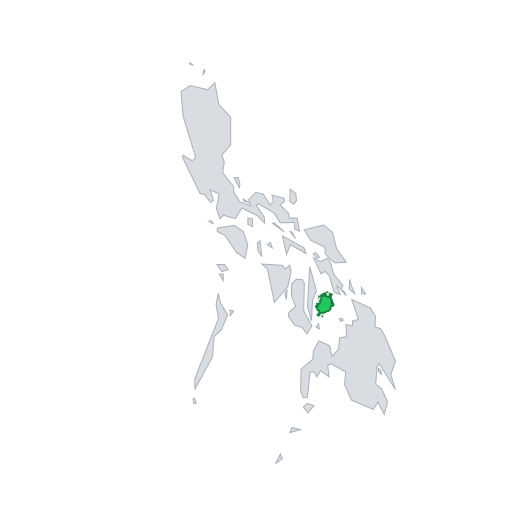 Bohol, Bohol, Philippines (highlighted), rotated 343°
{"feature_id": "2640588B19040020708567", "entity_name": "Bohol", "entity_type": "district", "adm_level": 2, "iso_a3": "PHL", "parent_name": "Philippines", "parent_adm1": "Bohol", "projection": "equal_earth", "projection_center": [124.147, 9.869], "detail": "fine", "context": "in_parent", "style": "filled", "palette": "green", "viewbox_px": 512, "rotation_deg": 343, "n_neighbors": 0, "source": "geoboundaries", "source_scale": "gbopen_adm2", "svg_char_len": 8679}
<svg xmlns="http://www.w3.org/2000/svg" viewBox="0 0 512 512"><g transform="rotate(343 256 256)"><path d="M242.9,73.8L258.4,82.8L267.3,78.2L264.8,100.5L272.4,115.7L264.3,142.3L252.9,149.4L253.1,156.9L248.5,166.6L254.9,183.3L253.4,187.7L256.3,199.5L265.7,206.2L265.5,200.0L274.5,195.2L281.0,198.9L284.5,211.3L288.6,208.9L289.1,202.5L299.6,208.9L299.4,212.2L294.0,214.3L299.7,225.0L298.9,229.6L306.5,231.7L304.8,245.0L300.9,241.6L302.4,235.1L288.9,231.4L285.8,220.1L273.8,206.9L271.1,207.5L275.3,221.4L273.8,227.2L269.1,217.9L256.5,206.0L247.3,214.2L236.7,207.5L232.4,209.8L232.0,198.9L238.9,185.9L231.4,179.2L231.5,190.5L228.3,191.4L224.4,181.7L220.8,180.1L214.6,140.3L215.8,138.3L222.7,146.2L227.1,144.4L227.2,101.3L232.4,76.8L242.9,73.8ZM334.8,325.4L350.2,339.2L352.6,348.5L349.1,358.7L353.9,361.9L355.9,370.0L358.6,397.5L350.3,408.8L350.3,424.5L342.4,395.0L339.5,397.0L333.0,413.5L337.4,420.0L339.1,434.0L332.3,444.9L329.8,431.4L323.3,437.0L305.1,421.7L303.1,404.8L307.9,393.2L296.3,381.1L292.6,381.4L290.5,392.9L284.2,384.5L278.8,389.4L277.7,383.8L273.9,382.7L263.8,406.1L260.0,405.5L259.1,398.9L266.0,377.4L280.2,371.3L283.2,363.4L291.4,355.6L300.2,363.4L299.2,374.4L307.7,369.2L312.1,358.6L319.1,359.7L322.0,347.9L327.8,350.9L329.3,346.3L335.4,346.7L334.8,325.4ZM289.0,339.3L282.0,345.4L279.3,337.9L272.8,333.3L269.4,323.5L270.9,319.5L279.1,316.0L278.3,304.0L281.9,293.1L287.7,290.0L293.1,292.0L294.3,296.1L285.6,322.3L289.0,339.3ZM329.8,246.2L336.1,255.8L335.2,272.8L340.4,288.4L329.7,285.7L325.4,280.1L322.9,273.8L324.6,267.9L312.9,256.9L309.7,245.0L329.8,246.2ZM259.3,265.4L278.8,272.8L280.0,277.2L285.6,274.5L284.8,281.6L277.3,294.9L260.0,305.7L263.2,271.4L259.3,265.4ZM184.9,339.8L158.8,365.3L161.7,355.3L201.9,304.8L203.7,290.6L209.0,280.8L208.4,291.2L211.7,304.1L201.1,316.7L192.4,320.8L184.9,339.8ZM227.3,218.0L244.3,220.4L251.0,229.0L251.4,243.0L244.9,255.0L238.2,246.6L232.6,227.9L226.0,221.0L227.3,218.0ZM315.7,280.0L323.2,279.1L325.3,283.8L325.0,295.9L330.5,309.6L327.8,313.0L324.5,307.9L325.3,317.5L320.1,313.6L320.2,296.1L317.6,290.9L312.9,292.0L310.5,274.5L315.7,280.0ZM290.1,334.2L290.4,319.4L304.3,282.0L303.6,307.0L297.1,314.8L290.1,334.2ZM316.1,324.5L306.1,329.9L302.1,329.2L299.6,323.7L310.6,313.9L315.8,317.7L316.1,324.5ZM287.3,244.6L304.3,262.2L304.4,268.3L292.3,255.0L285.6,263.4L287.3,244.6ZM311.0,214.7L307.2,217.6L304.3,213.8L308.2,202.0L312.3,207.9L311.0,214.7ZM267.6,416.0L259.8,421.4L257.1,414.3L262.0,412.1L267.6,416.0ZM216.2,252.7L223.5,255.0L225.3,260.9L218.8,261.0L216.2,252.7ZM259.4,217.3L263.6,219.5L261.2,226.9L257.5,223.3L259.4,217.3ZM240.1,430.6L248.1,435.1L236.7,434.8L240.1,430.6ZM339.5,320.9L335.3,315.0L338.9,305.8L338.5,311.4L339.5,320.9ZM264.2,242.6L261.4,258.2L259.4,251.8L261.1,244.1L264.2,242.6ZM221.4,452.6L222.0,457.4L214.0,460.2L221.4,452.6ZM262.0,175.7L261.7,182.7L259.9,185.6L257.9,174.8L262.0,175.7ZM275.9,297.2L272.4,306.3L272.4,301.0L275.9,297.2ZM219.4,263.6L217.4,270.1L215.7,262.5L219.4,263.6ZM316.4,275.7L313.7,275.9L311.1,270.8L314.3,270.2L316.4,275.7ZM273.9,247.2L273.9,253.1L270.0,248.2L273.9,247.2ZM349.7,324.2L345.9,323.1L347.6,316.7L349.7,324.2ZM283.2,229.5L290.1,241.2L281.4,229.7L283.2,229.5ZM218.6,302.1L214.0,305.4L215.3,300.1L218.6,302.1ZM296.1,339.1L295.2,344.2L292.7,341.6L296.1,339.1ZM297.3,243.8L298.8,250.8L295.5,242.0L297.3,243.8ZM155.8,379.2L153.4,378.9L153.9,374.4L155.7,373.9L155.8,379.2ZM320.7,343.0L317.7,343.3L317.4,340.6L319.2,340.1L320.7,343.0ZM341.6,405.7L339.4,402.5L340.1,399.3L341.6,400.8L341.6,405.7ZM223.4,209.3L224.7,213.3L221.1,208.7L223.4,209.3ZM329.7,315.1L330.9,320.4L327.6,314.0L329.7,315.1ZM261.5,64.2L258.1,67.4L260.6,62.7L261.5,64.2ZM264.9,202.9L260.3,199.8L260.4,197.7L264.9,202.9ZM249.1,51.8L252.0,55.4L248.8,53.0L249.1,51.8Z" fill="#d9dde1" stroke="#a8b0b8" stroke-width="1"/><path d="M312.5,315.9L312.2,315.5L311.9,315.4L311.8,315.5L311.8,314.7L311.3,314.0L311.0,314.8L310.7,314.8L310.8,314.5L310.5,314.1L310.5,313.9L310.4,314.0L310.1,313.7L309.8,313.7L309.6,313.5L309.6,313.8L309.4,314.0L308.7,313.8L307.9,313.8L307.7,314.2L307.3,314.3L306.7,314.0L306.5,314.6L306.3,314.8L306.3,315.4L306.0,315.7L306.0,316.0L305.9,315.8L305.5,316.3L305.6,316.6L305.2,316.7L305.2,316.3L304.8,316.5L304.4,318.8L304.1,319.4L302.5,319.7L302.6,319.8L302.5,320.1L301.6,320.4L301.4,320.9L301.1,321.0L301.1,320.9L301.2,320.6L300.9,320.5L301.0,320.7L300.6,321.0L300.7,321.3L300.8,321.4L300.7,321.6L300.3,321.6L300.1,322.0L300.1,321.8L300.1,322.0L299.9,322.2L300.0,322.4L299.8,322.4L299.4,323.0L299.4,323.3L299.2,323.4L298.9,324.4L298.9,325.3L299.0,326.0L299.4,326.1L300.0,325.8L300.4,326.3L300.2,326.5L300.6,326.6L300.1,328.0L300.3,328.5L300.2,328.5L300.4,328.9L300.7,329.1L301.7,329.3L302.8,329.9L302.9,329.7L303.1,330.0L303.5,329.8L303.5,330.0L303.7,329.8L303.7,330.0L304.0,330.1L304.3,330.1L304.7,330.2L305.7,330.2L307.4,329.6L308.2,329.8L308.5,330.0L309.0,330.0L309.5,329.8L310.2,329.3L311.1,329.1L311.2,328.8L311.3,328.8L311.3,328.5L312.0,328.4L312.0,327.3L312.2,326.7L312.6,326.4L313.0,326.4L313.8,325.3L314.1,325.3L314.2,326.0L314.4,326.4L315.6,326.1L315.9,325.6L316.1,325.4L316.1,324.4L316.2,324.0L315.4,323.7L315.3,323.4L315.1,323.3L315.1,323.1L314.8,323.0L314.6,323.1L314.7,322.9L314.4,322.8L314.8,322.3L315.3,322.1L315.6,321.7L315.6,321.2L315.7,320.9L314.9,320.7L315.1,320.5L315.3,320.5L315.1,319.9L315.1,319.5L315.2,319.3L315.0,319.1L315.3,318.8L315.4,319.2L315.6,319.1L315.6,318.5L315.4,318.5L315.4,318.1L315.2,318.1L315.3,317.7L315.1,317.5L315.1,317.3L314.7,317.2L314.5,316.6L314.2,316.3L314.0,316.8L313.7,316.9L313.6,316.6L313.3,316.6L312.9,316.0L312.5,315.9ZM300.0,328.6L299.4,329.1L298.6,329.4L298.0,330.0L297.5,330.3L298.1,330.7L298.0,331.2L298.2,331.5L299.2,331.3L300.7,329.8L300.7,329.2L300.0,328.6ZM316.6,314.1L316.1,314.3L316.0,314.5L315.9,314.6L315.6,314.8L315.7,315.3L315.4,315.1L315.4,314.8L315.3,314.7L315.2,315.2L315.0,315.3L314.8,315.0L314.6,315.1L314.6,315.5L314.8,315.6L314.9,316.0L314.7,316.0L314.7,316.3L314.9,316.9L315.2,316.9L315.1,316.5L315.4,316.5L315.2,316.1L315.4,315.8L315.7,315.8L315.8,315.7L316.1,316.1L316.3,315.9L316.3,315.2L316.1,315.3L315.9,315.3L316.1,315.1L316.2,314.5L316.6,314.2L316.6,314.1ZM309.0,312.5L308.5,312.6L308.3,312.9L308.1,312.7L307.8,312.8L307.7,313.1L307.8,313.2L308.3,313.0L307.9,313.3L308.5,313.3L308.5,313.0L308.9,313.0L308.8,312.8L309.1,312.6L309.0,312.5ZM298.8,321.5L298.3,321.6L298.5,322.4L299.1,321.7L298.8,321.5ZM299.4,321.1L299.7,321.6L300.0,321.7L300.5,321.1L300.0,321.3L299.7,321.0L299.4,321.1ZM299.0,322.3L298.9,322.7L299.1,323.0L299.5,322.8L299.0,322.3ZM311.6,313.2L311.3,313.4L310.9,313.4L311.0,313.7L311.3,313.8L311.8,313.4L311.6,313.2ZM307.1,312.4L307.0,312.6L306.8,312.6L306.7,313.0L307.4,312.8L307.1,312.4ZM307.4,313.4L307.1,313.5L306.9,313.8L307.3,314.0L307.6,313.6L307.4,313.4ZM301.8,332.8L301.7,333.0L301.8,333.2L302.0,333.0L301.8,332.8ZM315.6,322.3L315.4,322.4L315.5,322.7L315.6,322.3ZM306.3,313.0L306.0,313.3L306.4,313.2L306.3,313.0ZM309.5,312.9L309.3,312.9L309.2,312.9L309.5,313.1L309.5,312.9ZM310.5,312.0L310.3,312.1L310.2,312.3L310.4,312.2L310.5,312.0ZM303.3,318.1L303.0,317.3L303.0,317.5L303.0,317.4L303.1,317.8L303.2,318.0L303.3,318.1ZM311.6,311.6L311.5,311.9L311.6,312.0L311.7,311.7L311.6,311.6ZM300.8,320.7L300.6,320.5L300.6,320.8L300.8,320.7ZM314.3,315.7L314.2,315.9L314.4,316.1L314.4,315.9L314.3,315.7ZM315.7,319.7L315.6,319.8L315.7,319.7ZM315.0,314.6L314.9,314.8L315.0,315.0L315.1,314.7L315.0,314.6ZM309.9,313.1L309.7,313.2L309.8,313.3L309.9,313.1ZM305.8,313.7L305.9,313.4L305.7,313.6L305.8,313.7ZM300.3,319.8L300.3,320.0L300.5,320.0L300.3,319.8ZM303.3,319.2L303.2,319.0L303.3,319.3L303.3,319.2ZM304.5,314.0L304.3,313.8L304.3,313.7L304.5,314.0ZM315.4,313.2L315.6,312.8L315.4,313.0L315.4,313.2ZM313.9,311.5L313.7,311.6L313.9,311.6L313.9,311.5ZM311.0,312.4L310.9,312.3L311.0,312.4ZM296.8,332.3L296.7,332.3L296.8,332.3ZM313.0,311.2L313.1,311.4L313.5,311.5L313.2,311.4L313.0,311.2ZM315.3,323.2L315.2,323.0L315.3,323.2L315.3,323.2ZM303.3,319.0L303.4,318.9L303.3,319.0ZM313.2,313.5L313.3,313.4L313.2,313.5ZM310.2,311.8L310.2,311.6L310.4,311.4L310.2,311.6L310.2,311.8ZM317.2,315.0L317.1,314.9L317.1,315.0L317.2,315.0ZM309.7,311.3L309.8,311.4L309.7,311.3ZM309.5,311.9L309.4,311.9L309.5,312.0L309.5,311.9ZM309.8,311.4L309.7,311.5L309.8,311.4ZM312.4,312.6L312.2,312.6L312.4,312.6ZM301.8,319.8L301.8,319.7L301.7,319.7L301.8,319.8ZM301.4,319.7L301.2,319.6L301.4,319.7ZM306.5,313.1L306.4,313.1L306.5,313.2L306.5,313.1ZM303.3,315.2L303.1,315.2L303.0,315.3L303.3,315.2ZM315.5,323.2L315.4,323.2L315.5,323.2L315.5,323.2ZM305.4,313.3L305.2,313.3L305.4,313.3ZM304.0,316.5L303.9,316.4L304.0,316.5L304.0,316.5ZM302.0,316.4L301.9,316.4L302.0,316.4L302.0,316.4Z" fill="#22c55e" stroke="#15803d" stroke-width="1.5"/></g></svg>